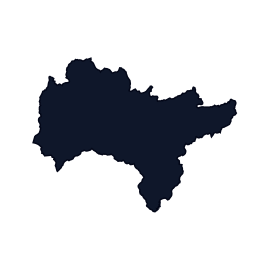 the district of Chi Lang, Lạng Sơn, Vietnam, rotated 24°
{"feature_id": "81297802B55451481919262", "entity_name": "Chi Lang", "entity_type": "district", "adm_level": 2, "iso_a3": "VNM", "parent_name": "Vietnam", "parent_adm1": "Lạng Sơn", "projection": "robinson", "projection_center": [106.633, 21.667], "detail": "fine", "context": "isolated", "style": "filled", "palette": "ink", "viewbox_px": 256, "rotation_deg": 24, "n_neighbors": 0, "source": "geoboundaries", "source_scale": "gbopen_adm2", "svg_char_len": 5795}
<svg xmlns="http://www.w3.org/2000/svg" viewBox="0 0 256 256"><g transform="rotate(24 128 128)"><path d="M133.8,80.8L132.5,80.3L132.0,80.4L131.4,80.9L131.4,82.0L130.8,83.4L129.8,87.2L128.6,88.8L126.9,90.3L126.0,90.9L124.8,91.1L123.2,89.8L121.7,90.8L121.1,90.8L118.9,89.5L118.0,90.4L116.2,93.1L115.8,93.4L114.5,93.6L113.8,93.5L113.4,90.0L112.4,88.6L112.2,86.8L110.5,84.0L106.7,81.6L104.0,78.7L103.5,77.7L102.4,77.5L101.1,76.6L100.3,76.6L100.0,76.3L98.9,76.6L97.7,75.9L96.0,76.4L96.2,79.6L95.6,80.9L95.2,81.4L93.5,82.1L91.7,84.0L91.1,84.2L87.4,82.3L84.6,82.4L83.4,82.9L82.3,83.0L81.5,85.2L80.2,86.9L80.1,88.0L78.7,87.0L76.6,87.1L74.5,86.7L72.9,85.6L70.0,83.0L68.8,82.4L66.7,82.2L66.4,80.6L65.7,79.4L63.2,81.8L62.0,82.0L60.8,83.9L59.7,85.3L57.9,85.1L56.2,85.4L55.4,86.3L54.3,86.0L53.1,86.7L52.2,86.8L51.7,88.6L49.7,89.7L49.4,91.9L48.2,94.0L48.2,95.0L48.8,96.1L48.2,96.8L47.8,98.2L48.2,98.9L48.3,100.0L49.3,101.1L49.7,104.3L50.4,105.3L51.3,105.9L51.0,107.2L53.7,107.5L54.6,108.1L55.5,109.1L55.4,110.4L54.0,111.4L52.5,112.2L50.9,113.9L50.6,114.4L50.6,116.0L47.6,115.7L45.9,117.9L44.3,117.1L42.9,117.1L42.2,115.1L40.2,115.4L40.0,113.0L38.2,112.7L37.0,112.9L35.7,112.7L35.2,113.4L35.5,114.3L36.9,116.3L37.1,119.1L38.1,122.9L37.4,125.0L37.9,126.3L36.5,127.2L36.5,128.4L35.6,128.7L35.3,129.3L35.5,130.9L35.4,133.6L35.1,135.9L35.7,136.6L36.1,137.6L36.4,140.0L37.5,140.8L37.9,142.2L39.0,143.0L38.6,144.1L38.7,145.1L39.7,147.4L40.4,148.2L40.5,149.6L40.8,150.1L41.2,150.5L42.2,150.5L44.0,152.8L42.9,154.6L42.7,155.8L43.1,157.2L44.2,158.7L45.3,159.3L46.4,160.4L46.8,161.1L46.9,162.9L48.0,163.3L48.4,164.2L48.9,166.6L49.0,169.0L47.9,171.0L46.8,172.5L46.4,173.8L47.3,180.0L49.6,179.5L52.0,179.4L53.5,179.6L56.0,180.4L57.1,180.9L56.9,182.4L57.2,183.0L59.0,184.6L59.6,186.1L61.0,185.6L61.4,186.3L62.9,187.0L63.2,187.3L68.9,184.1L69.5,184.2L70.6,185.5L71.8,185.2L72.8,185.5L73.5,186.1L72.9,186.6L73.0,187.0L73.6,186.8L76.5,188.8L77.0,192.0L78.0,192.8L80.6,196.0L81.1,196.3L81.7,195.1L82.6,192.5L83.0,191.6L83.0,189.6L83.6,188.4L83.3,187.0L83.6,184.7L84.8,182.6L85.7,181.6L87.3,181.8L88.3,180.5L89.3,179.7L90.3,178.3L90.1,176.8L90.8,176.0L91.1,174.9L93.2,173.8L94.8,171.5L95.0,170.6L94.7,168.3L96.2,167.3L96.9,166.2L99.1,166.0L100.4,165.3L102.5,163.5L102.8,163.0L103.3,161.4L105.9,162.3L108.4,162.5L109.6,163.1L112.1,163.5L112.3,162.7L113.3,163.1L115.5,162.8L116.2,161.6L117.2,161.5L118.0,161.0L120.4,160.9L121.5,160.1L122.3,159.8L123.3,158.7L125.5,159.1L127.4,159.8L127.7,161.1L128.0,161.5L131.0,161.9L132.4,162.4L134.2,161.3L135.6,160.9L136.0,160.6L136.6,159.4L137.8,159.6L139.9,161.0L141.5,161.0L143.5,159.5L144.7,160.4L145.4,160.3L147.1,159.2L148.0,158.1L150.2,160.4L151.3,161.1L153.1,161.6L153.9,161.5L155.1,162.3L156.6,162.8L157.5,164.1L160.6,165.1L161.1,165.6L162.4,166.1L162.6,166.4L162.7,167.3L162.2,169.2L162.6,171.8L161.5,173.7L160.9,176.0L160.9,176.7L161.4,177.7L164.0,179.6L164.7,181.5L166.0,183.2L166.8,183.2L167.7,183.8L168.8,183.5L169.8,184.7L170.9,185.2L171.5,185.8L173.3,186.1L174.7,187.9L176.5,189.3L176.6,191.4L177.0,191.8L179.2,192.3L180.8,193.1L183.5,193.1L184.8,193.9L186.7,193.5L186.9,192.8L187.9,191.6L187.9,191.2L187.2,190.3L188.3,190.4L188.5,190.2L187.8,189.1L188.6,188.5L187.8,187.7L187.8,187.2L188.0,186.9L188.5,187.4L189.2,186.7L189.0,186.4L188.4,186.4L188.4,185.5L187.6,185.2L188.1,184.3L187.6,183.5L187.5,182.6L187.3,182.4L186.6,182.8L186.7,180.5L187.0,179.9L188.5,178.2L190.3,177.0L191.2,176.8L193.5,177.5L194.4,176.4L195.2,172.6L195.2,171.6L194.7,170.1L193.2,167.8L193.3,165.4L193.9,164.6L194.7,161.8L195.8,160.9L196.4,159.9L196.7,157.7L197.5,157.0L197.5,156.5L197.2,155.5L196.0,154.5L195.2,152.0L195.5,149.9L196.4,147.4L195.9,145.1L194.4,143.8L194.0,142.6L192.5,141.1L192.2,139.6L189.6,140.3L189.3,139.8L189.1,138.9L188.1,137.1L185.8,136.5L185.1,135.9L185.3,133.9L186.0,133.0L186.7,132.6L188.3,130.2L189.2,130.8L190.0,129.7L190.6,128.1L190.4,126.3L189.8,125.1L187.6,123.6L187.0,122.8L186.9,120.3L187.2,119.4L187.2,118.5L188.7,119.0L189.4,118.8L190.5,118.1L190.5,117.3L192.2,116.3L192.3,114.4L194.3,112.8L194.0,111.1L194.1,109.9L193.7,108.7L193.9,108.1L195.5,108.4L196.7,108.2L197.5,107.6L197.6,106.9L198.6,106.9L199.2,106.6L199.7,105.3L199.5,104.7L199.6,104.2L201.8,101.3L202.8,101.3L203.6,101.0L204.8,99.5L206.1,99.8L207.1,101.4L207.9,102.2L208.5,99.6L208.5,98.0L209.0,97.2L210.0,96.3L211.0,96.4L211.8,96.0L212.5,95.4L213.0,94.4L214.1,94.7L213.6,92.1L213.8,90.8L213.6,89.5L215.7,87.8L216.5,86.5L217.1,86.1L219.1,83.4L219.2,82.6L219.2,79.7L218.6,79.0L218.4,77.8L219.1,75.8L218.7,74.8L219.2,73.6L220.5,72.3L220.9,70.3L220.0,69.8L218.8,68.0L216.9,67.0L217.2,66.1L216.7,64.6L216.6,62.2L216.3,61.2L215.6,60.4L214.7,59.7L212.8,60.1L210.5,59.9L210.2,60.3L210.1,61.1L210.1,63.6L209.6,63.2L209.0,63.3L208.6,65.3L207.9,66.0L206.6,66.0L206.4,66.2L206.5,67.0L205.7,67.3L205.3,68.0L203.8,69.0L203.3,69.7L202.7,71.7L202.2,71.6L201.9,70.9L201.5,70.7L199.4,72.3L197.9,72.0L197.3,73.4L196.7,73.7L196.2,74.8L195.3,74.8L194.8,75.3L194.4,75.3L193.8,76.3L193.1,76.2L189.1,78.0L188.0,78.2L186.7,78.8L184.8,80.3L184.1,81.2L182.0,80.7L181.7,79.1L181.8,78.7L183.3,77.2L184.8,77.0L185.8,76.5L186.3,75.6L185.9,74.4L184.7,73.3L183.8,73.0L182.9,71.7L180.5,72.6L179.9,71.9L179.8,70.4L179.6,70.1L178.1,68.8L176.8,69.0L175.1,67.8L174.5,67.2L174.1,65.7L173.3,65.1L173.1,64.3L171.4,64.0L171.0,64.4L171.1,65.5L171.7,66.7L171.4,67.5L170.0,68.1L169.7,68.7L167.1,70.0L166.4,72.7L165.0,73.8L163.8,74.0L163.1,76.6L160.5,78.6L160.0,79.8L158.7,80.9L158.3,82.1L156.1,83.9L154.4,83.7L153.9,83.8L151.1,87.5L149.6,87.7L149.0,88.1L148.7,89.0L147.5,89.3L146.3,90.5L145.4,90.5L144.1,91.5L142.9,90.2L142.8,88.0L141.9,87.3L141.5,87.3L138.6,88.7L137.7,88.6L136.7,89.9L136.1,90.1L134.9,89.8L134.5,89.4L133.2,87.4L133.1,86.6L133.2,85.5L134.1,85.0L133.3,83.0L133.8,80.8Z" fill="#0f172a" stroke="#020617" stroke-width="1.5"/></g></svg>